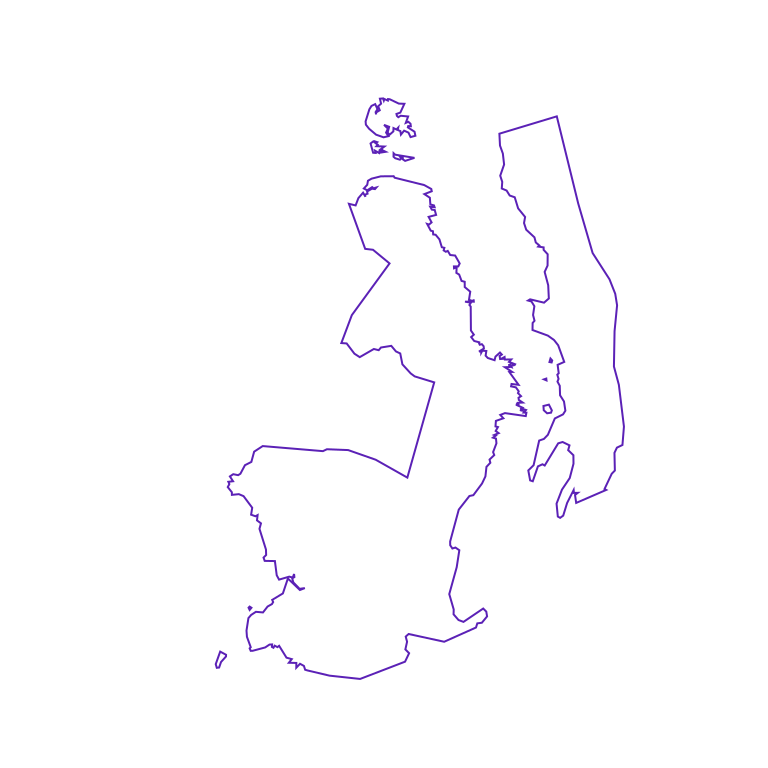 Muna, Sulawesi Tenggara, Indonesia, rotated 341°
{"feature_id": "22746128B70372019871554", "entity_name": "Muna", "entity_type": "district", "adm_level": 2, "iso_a3": "IDN", "parent_name": "Indonesia", "parent_adm1": "Sulawesi Tenggara", "projection": "mercator", "projection_center": [122.695, -4.871], "detail": "fine", "context": "isolated", "style": "outline", "palette": "violet", "viewbox_px": 768, "rotation_deg": 341, "n_neighbors": 0, "source": "geoboundaries", "source_scale": "gbopen_adm2", "svg_char_len": 6178}
<svg xmlns="http://www.w3.org/2000/svg" viewBox="0 0 768 768"><g transform="rotate(341 384 384)"><path d="M405.8,637.3L406.6,632.5L404.7,628.6L381.7,634.8L377.6,631.4L374.8,624.4L376.5,619.9L377.3,603.9L393.1,580.9L401.1,565.7L398.3,561.9L395.1,561.8L394.1,558.0L395.3,554.4L413.8,527.1L428.3,517.7L432.3,518.2L444.3,510.0L449.8,504.4L453.9,495.7L458.9,493.1L459.2,489.8L465.1,487.1L465.0,483.9L471.0,476.7L472.1,472.1L469.6,470.2L472.9,469.2L471.6,468.1L476.4,467.8L474.3,464.8L477.7,461.8L475.6,460.4L477.8,455.3L485.7,455.3L483.9,451.1L488.9,450.9L507.6,460.5L509.3,457.5L506.8,456.5L509.8,454.8L507.6,453.1L506.6,454.3L505.0,453.7L504.4,452.5L505.8,453.8L505.5,452.0L507.3,451.5L502.0,446.5L505.1,447.9L503.2,446.1L504.1,445.3L509.1,446.7L506.3,443.0L506.7,440.8L509.6,440.1L507.7,436.2L509.0,434.8L507.6,430.1L503.4,427.6L504.6,425.5L511.0,428.6L506.4,413.5L509.1,414.3L503.8,407.5L508.1,408.8L508.5,406.7L509.9,406.7L509.1,408.6L510.2,409.6L510.2,407.9L513.3,408.7L512.1,408.4L511.3,407.4L513.8,408.5L514.4,408.0L509.4,403.8L512.3,402.2L506.2,400.2L506.8,397.7L505.0,398.0L505.8,398.4L506.0,399.3L501.9,398.2L502.4,395.2L505.0,394.5L503.9,392.0L498.3,394.4L496.3,397.5L490.6,393.2L489.3,390.3L491.5,386.1L487.8,384.5L486.1,386.1L486.5,384.8L484.4,384.2L490.0,383.0L490.5,380.7L489.5,378.2L487.3,378.0L487.1,375.8L488.4,376.1L483.3,372.7L481.7,368.0L485.0,366.6L483.6,361.7L491.2,339.0L490.5,337.1L492.6,335.4L487.4,332.5L495.7,335.4L496.3,333.1L495.5,335.0L491.8,332.0L495.6,324.8L491.9,318.6L493.6,313.6L490.9,311.8L490.7,305.0L488.6,302.5L490.7,297.3L487.9,297.4L488.4,295.6L492.5,297.0L494.8,294.7L493.1,285.7L488.6,283.6L487.6,278.9L485.5,279.1L483.9,277.1L485.4,274.9L483.2,273.5L483.5,265.3L481.4,259.7L479.2,258.6L480.0,255.5L478.1,254.2L476.9,246.7L478.5,247.9L481.6,246.7L480.6,240.5L488.3,241.1L488.6,236.0L486.0,234.7L485.4,231.5L489.4,233.3L489.4,231.4L486.3,229.3L488.0,222.8L484.0,217.6L491.9,217.3L492.2,215.0L486.8,209.0L461.2,192.4L460.8,190.7L448.6,186.6L439.1,185.8L435.0,186.6L433.0,190.2L428.6,192.6L431.2,195.4L436.9,194.0L438.2,196.0L439.2,195.6L440.8,195.7L438.9,196.8L436.2,195.4L430.7,196.5L430.4,198.7L427.7,198.8L427.4,200.9L426.5,196.3L420.3,199.9L415.3,205.9L409.5,202.2L410.2,250.1L417.3,253.5L428.5,271.8L376.0,308.4L357.0,331.4L361.9,333.5L365.9,345.7L369.8,350.7L385.8,347.6L390.0,350.3L393.0,348.5L403.3,350.3L405.9,357.1L409.3,360.4L407.8,371.4L412.7,382.7L415.5,386.8L432.0,398.8L375.6,480.1L351.5,452.9L328.6,434.8L308.8,427.1L304.4,427.6L249.1,403.2L239.2,405.7L233.2,414.5L226.1,415.5L219.0,422.1L216.4,422.7L212.1,420.2L208.2,421.2L209.6,426.8L205.0,425.8L205.2,428.3L202.7,430.6L204.9,436.8L204.1,439.3L210.9,440.9L214.7,444.3L219.1,458.1L215.8,464.3L219.4,467.2L221.8,466.8L219.5,471.6L222.3,475.7L219.1,480.4L218.5,502.1L216.9,507.3L213.6,508.9L213.6,512.4L223.2,515.9L220.3,529.9L221.1,534.8L231.7,535.3L234.7,537.3L237.1,534.4L236.4,537.4L233.9,537.9L233.7,542.1L237.5,550.2L242.7,551.2L237.4,551.4L229.8,536.6L220.2,549.1L208.0,551.7L208.2,554.1L206.4,555.6L201.5,556.5L195.2,560.6L188.7,557.7L183.2,559.1L179.6,561.2L173.7,572.4L172.1,578.4L172.3,589.5L170.9,590.2L171.1,592.9L173.0,593.5L185.9,594.4L190.9,593.1L193.4,593.8L192.4,596.1L193.6,597.4L195.4,595.8L197.6,598.1L199.6,597.4L202.7,611.0L207.2,614.1L203.3,616.6L210.3,619.2L208.7,623.7L213.5,621.2L216.5,624.5L216.4,628.5L218.5,630.0L237.5,642.0L265.4,655.1L313.5,653.4L320.1,646.7L317.8,641.9L321.9,635.2L322.3,629.9L325.9,628.4L357.0,647.3L391.7,644.2L394.3,640.7L398.8,641.6L405.8,637.3ZM559.6,556.5L558.3,555.1L570.1,543.0L574.1,541.0L579.5,524.1L583.5,520.0L589.6,519.3L597.0,502.4L605.8,461.2L607.1,442.3L619.2,409.1L630.0,385.5L632.0,374.0L631.3,358.4L623.9,328.1L626.4,276.5L634.5,187.2L574.6,184.9L571.3,196.3L571.4,204.8L569.0,215.6L561.7,224.9L561.6,231.4L559.0,237.5L562.9,241.0L564.2,246.7L568.4,250.0L568.0,261.6L571.8,272.0L568.8,277.4L568.7,284.4L574.0,294.3L573.6,299.6L576.0,303.6L574.6,304.3L579.4,306.8L578.6,309.1L581.0,314.6L577.2,325.3L572.4,330.3L571.4,344.1L567.7,356.8L561.8,359.2L549.7,351.5L547.4,352.0L550.3,354.0L551.5,359.4L547.4,367.3L546.9,373.2L544.4,374.7L542.0,381.3L554.7,391.6L559.1,397.8L561.3,404.1L561.6,421.8L554.4,422.4L552.7,430.7L550.9,431.6L550.7,436.0L548.8,438.2L549.6,442.9L546.8,452.0L548.5,459.1L546.8,468.3L543.4,471.0L534.3,472.2L522.4,485.4L517.3,488.0L512.3,488.0L499.0,509.5L492.3,512.7L490.8,522.7L493.0,524.4L502.7,512.0L507.7,511.5L509.4,513.4L529.4,496.8L534.0,497.0L539.4,502.4L536.6,506.5L539.9,513.0L537.2,521.1L529.0,533.4L517.9,541.8L508.2,553.3L505.2,565.9L506.9,567.9L510.6,566.8L518.4,556.1L528.8,546.0L528.1,548.8L531.8,550.0L528.5,551.1L527.0,559.0L559.6,556.5ZM476.1,116.0L476.1,113.7L473.0,112.9L472.5,118.0L468.9,119.5L469.1,123.8L464.9,124.7L464.3,126.5L464.6,124.2L467.3,122.0L466.8,116.5L462.7,117.0L459.6,119.5L452.1,129.7L451.3,132.9L453.0,137.8L457.7,145.7L463.9,150.6L468.9,151.1L467.8,147.0L470.8,143.8L468.4,139.0L472.6,142.5L469.3,147.4L470.5,150.1L475.1,148.2L476.3,145.1L478.6,147.4L480.9,146.2L479.7,148.3L481.8,150.2L481.2,153.7L485.5,151.0L489.0,154.3L489.5,159.2L494.5,159.5L495.0,155.4L490.1,149.1L490.9,148.0L493.3,149.0L493.8,146.6L492.4,144.0L489.6,144.2L493.9,138.9L487.1,135.8L484.4,136.4L483.5,134.7L483.7,132.7L487.8,132.7L494.5,125.7L489.3,123.7L482.2,116.7L480.6,115.9L479.9,117.3L477.2,114.7L476.1,116.0ZM135.8,598.4L139.4,593.8L145.9,590.2L146.5,588.6L142.0,583.7L133.7,594.1L133.5,597.9L135.8,598.4ZM456.0,155.8L452.9,151.1L449.6,152.2L449.0,161.8L451.3,162.8L451.5,160.5L454.6,164.0L456.0,161.4L461.7,159.6L454.3,156.7L456.0,155.8ZM469.2,170.8L468.2,168.9L467.0,172.2L468.1,174.2L472.1,177.1L473.9,176.5L473.2,174.5L475.0,176.0L475.7,175.0L475.0,177.8L476.6,179.9L486.4,180.1L469.2,170.8ZM533.2,457.2L527.6,456.7L526.5,460.8L528.7,464.8L532.6,465.5L534.1,463.6L533.2,457.2ZM549.7,414.1L547.6,417.1L549.5,418.2L550.7,416.5L549.7,414.1ZM184.5,550.7L183.1,551.4L183.4,553.9L185.8,552.4L184.5,550.7ZM458.6,161.9L456.5,161.9L455.1,163.4L458.3,163.6L458.6,161.9ZM461.2,165.0L459.6,163.4L457.3,164.3L461.2,165.0ZM539.2,431.7L536.8,431.7L538.8,433.5L539.2,431.7ZM456.3,153.1L453.4,150.9L455.2,153.5L456.3,153.1Z" fill="none" stroke="#5b21b6" stroke-width="2"/></g></svg>